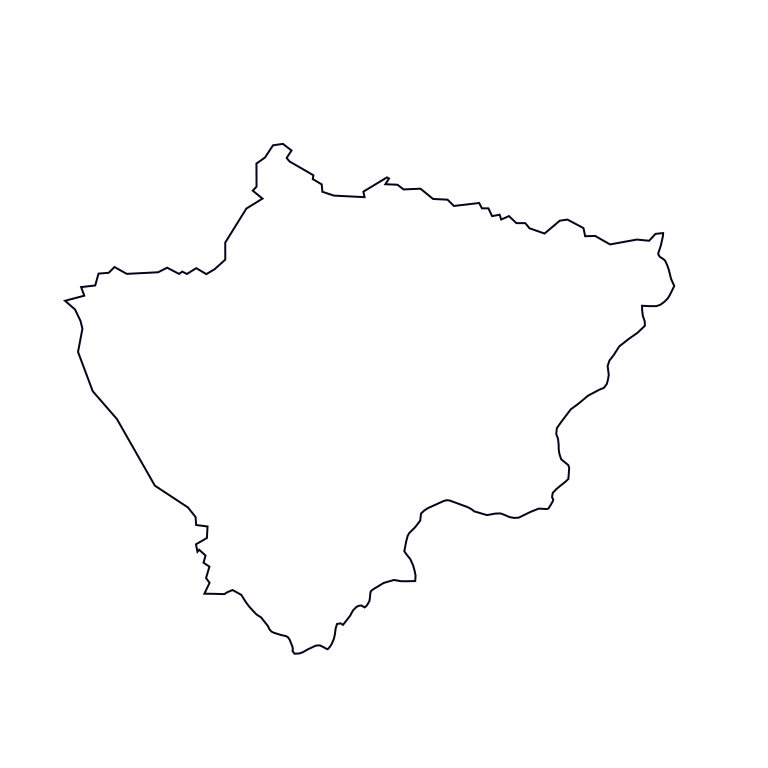 Novatsi, Novaci, North Macedonia, rotated 351°
{"feature_id": "65306769B28760853140319", "entity_name": "Novatsi", "entity_type": "district", "adm_level": 2, "iso_a3": "MKD", "parent_name": "North Macedonia", "parent_adm1": "Novaci", "projection": "albers", "projection_center": [21.684, 41.019], "detail": "fine", "context": "isolated", "style": "outline", "palette": "ink", "viewbox_px": 768, "rotation_deg": 351, "n_neighbors": 0, "source": "geoboundaries", "source_scale": "gbopen_adm2", "svg_char_len": 3220}
<svg xmlns="http://www.w3.org/2000/svg" viewBox="0 0 768 768"><g transform="rotate(351 384 384)"><path d="M173.8,563.0L176.5,563.5L184.1,564.8L190.3,566.0L193.6,566.5L196.5,565.2L202.1,563.8L203.9,565.1L210.1,570.0L213.5,578.0L216.1,582.9L217.9,585.6L221.4,590.9L222.9,592.5L226.1,595.3L231.5,604.9L232.6,608.6L234.2,611.0L236.2,612.4L242.8,615.7L247.8,617.7L249.5,619.1L250.8,621.7L252.4,628.9L252.6,631.1L251.9,633.4L253.4,636.4L258.4,636.9L261.9,636.2L268.1,633.9L274.5,632.1L276.0,631.7L279.7,632.1L283.3,634.6L285.9,636.7L286.9,637.1L288.8,635.7L291.3,633.1L294.5,628.1L296.2,624.0L298.0,617.9L300.0,613.7L303.7,613.6L305.8,615.5L314.3,607.6L316.5,604.6L318.2,602.6L322.0,599.8L324.6,599.1L326.2,599.2L326.8,599.3L327.4,599.5L329.8,601.6L331.5,600.8L333.5,598.8L335.7,596.0L336.6,593.2L337.5,589.4L338.5,586.7L340.1,585.6L342.6,584.5L352.4,580.5L363.1,579.1L369.8,581.4L374.4,582.2L384.0,583.5L385.2,578.2L385.0,573.2L384.4,567.8L382.6,561.1L379.6,555.9L377.9,552.4L381.2,543.2L383.7,537.5L385.8,535.0L392.4,530.3L398.4,524.6L399.0,522.4L400.3,517.8L404.0,515.2L408.2,513.4L421.8,509.7L424.5,508.9L428.1,508.6L430.7,509.4L442.9,516.2L446.3,518.1L448.5,519.5L450.8,521.3L453.2,523.9L465.2,529.6L473.8,529.4L479.0,530.1L483.3,532.6L487.2,535.1L491.5,536.6L496.1,537.1L508.5,533.3L517.3,531.3L519.9,531.8L525.2,533.0L526.3,532.9L527.3,532.3L530.1,529.1L532.3,526.3L533.1,524.4L532.3,522.5L532.7,520.6L533.7,517.9L537.6,514.9L542.9,511.7L544.3,511.0L547.8,509.0L551.3,506.5L553.8,495.8L553.3,492.9L550.1,489.3L547.2,486.0L546.3,480.4L546.3,476.8L546.4,475.4L547.0,471.3L547.3,465.4L546.3,460.1L547.9,454.5L553.4,448.9L563.4,439.3L564.5,438.2L570.8,435.0L572.8,434.0L573.2,433.7L584.0,427.3L595.9,423.3L600.6,422.2L604.0,418.9L605.8,415.0L607.4,410.3L607.5,407.6L607.7,401.2L610.4,396.0L615.0,391.8L622.3,383.6L633.1,377.6L638.5,375.0L642.5,373.0L650.8,367.3L651.3,362.8L650.3,357.2L650.5,351.5L651.1,347.1L658.8,348.7L665.1,349.7L669.3,349.0L673.6,346.8L677.8,343.7L680.4,340.6L686.0,332.6L684.0,325.2L683.1,315.3L682.5,311.8L681.2,306.9L680.6,305.7L679.1,304.0L676.2,301.4L675.2,298.8L675.3,297.9L679.1,290.5L682.7,281.4L683.3,278.6L675.6,278.2L668.3,284.0L656.3,280.9L629.1,281.5L615.7,270.8L605.8,269.5L605.4,261.2L590.9,250.3L583.2,250.2L566.1,260.5L552.1,253.0L548.7,247.2L539.9,245.8L533.7,237.7L525.5,239.9L524.7,234.9L517.0,235.1L514.6,226.8L508.2,225.8L506.3,220.1L480.9,219.1L475.6,211.9L461.4,208.9L450.6,196.8L433.8,194.9L428.5,189.3L416.6,186.9L421.1,181.8L419.2,180.4L393.7,190.8L394.0,196.4L364.0,190.1L353.2,184.5L353.7,177.1L345.7,170.5L346.9,166.8L325.5,149.4L323.2,145.5L329.2,138.9L321.7,131.0L311.7,130.9L301.9,141.7L292.5,146.3L289.0,169.1L284.6,172.5L293.0,181.9L275.5,189.2L249.3,219.5L246.7,236.3L234.7,244.1L225.7,247.7L216.7,240.2L206.5,244.5L202.3,241.4L198.8,243.2L188.0,235.2L178.4,238.3L147.2,235.0L136.1,226.3L129.5,231.1L119.3,230.3L114.2,241.5L100.0,240.9L101.8,249.9L82.0,251.9L90.5,262.1L94.1,274.2L94.8,282.2L86.8,304.5L95.2,345.6L114.7,376.8L141.8,448.6L171.0,475.2L177.1,485.9L176.4,493.9L187.4,497.1L185.0,508.4L173.2,512.9L173.5,520.5L175.5,518.8L180.9,525.5L177.8,532.3L183.0,537.1L177.9,547.8L180.6,553.1L173.8,563.0Z" fill="none" stroke="#020617" stroke-width="2"/></g></svg>